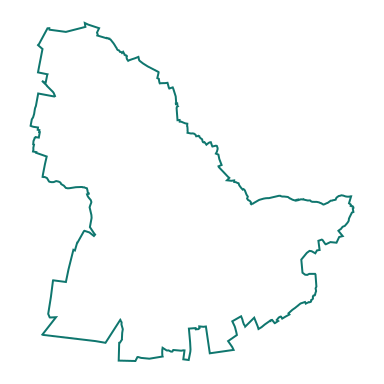 Oradea, Bihor, Romania
{"feature_id": "2599482B8736220817174", "entity_name": "Oradea", "entity_type": "district", "adm_level": 2, "iso_a3": "ROU", "parent_name": "Romania", "parent_adm1": "Bihor", "projection": "albers", "projection_center": [21.942, 47.075], "detail": "fine", "context": "isolated", "style": "outline", "palette": "teal", "viewbox_px": 384, "rotation_deg": 0, "n_neighbors": 0, "source": "geoboundaries", "source_scale": "gbopen_adm2", "svg_char_len": 5867}
<svg xmlns="http://www.w3.org/2000/svg" viewBox="0 0 384 384"><path d="M289.4,314.5L288.5,313.3L292.4,309.8L295.1,307.9L300.5,303.5L305.0,302.0L305.8,303.6L306.6,303.1L308.1,302.5L308.8,302.1L309.3,302.3L310.7,301.9L311.1,301.3L311.1,300.3L311.2,300.0L312.1,299.6L312.9,298.7L313.0,298.0L312.8,297.0L313.0,296.3L313.4,295.6L313.8,295.4L314.5,295.5L314.8,295.3L315.0,294.9L315.0,294.5L315.3,294.0L315.3,293.4L316.1,291.1L315.6,288.3L316.4,286.6L315.5,274.5L315.1,273.9L309.2,273.9L307.2,274.9L305.1,274.7L302.5,272.7L301.3,259.6L306.8,252.9L309.5,250.9L311.6,251.2L315.3,253.3L317.0,250.4L319.6,250.0L318.4,240.8L321.8,239.6L322.6,240.1L324.7,243.2L325.4,244.1L325.8,244.3L330.4,242.1L336.5,242.7L339.2,237.0L342.7,236.1L338.4,230.8L339.7,229.7L340.7,229.2L342.6,226.8L344.8,225.9L347.3,223.0L348.4,221.4L348.8,220.2L348.9,218.9L349.5,217.4L351.9,212.6L353.4,212.0L352.8,208.8L353.4,208.1L353.4,207.3L352.8,206.5L352.6,206.7L352.1,206.4L351.7,206.0L351.3,206.2L350.7,205.9L351.1,205.3L350.6,204.4L349.0,203.3L351.1,196.3L350.7,196.3L349.1,196.7L347.3,196.7L345.5,196.4L343.3,195.6L341.4,195.3L340.0,195.8L338.8,196.0L337.6,196.8L336.5,197.7L335.7,199.3L335.7,199.6L334.9,199.9L332.7,200.3L332.2,200.6L330.7,200.7L327.5,203.0L326.9,203.1L324.6,204.2L323.7,204.5L323.2,204.5L321.3,203.3L320.3,203.0L319.1,202.4L316.8,201.9L312.2,201.8L311.0,201.3L310.2,200.5L310.0,200.4L307.8,200.5L304.6,199.8L303.8,199.4L303.8,199.6L301.0,199.3L298.4,200.1L298.3,199.5L296.4,199.9L296.5,200.5L295.8,200.7L292.5,199.7L290.1,198.4L289.8,198.4L288.1,197.1L287.3,196.9L283.8,196.5L282.1,196.5L280.7,196.1L280.3,195.8L278.9,195.8L269.1,198.1L266.1,198.2L263.7,198.6L259.5,199.8L258.8,200.1L253.3,203.3L253.2,203.1L253.3,203.4L253.2,203.5L252.4,203.7L251.3,204.3L251.1,204.1L250.9,203.9L250.7,203.6L251.0,202.9L250.9,202.4L250.8,202.1L249.7,200.8L248.2,200.1L247.1,198.6L247.8,196.6L246.5,194.6L244.9,190.5L244.2,189.6L243.4,189.1L242.7,189.6L241.0,187.7L239.4,185.5L239.1,184.9L238.8,183.9L238.5,183.2L237.7,183.1L236.0,182.2L234.2,182.0L234.2,180.4L231.5,180.8L227.0,180.3L229.3,177.9L227.9,176.7L218.8,167.1L218.5,166.3L221.6,165.0L219.3,159.0L218.4,154.6L215.9,153.6L216.9,151.7L217.6,149.1L217.6,148.2L217.4,147.4L217.1,146.7L216.8,145.9L215.9,145.7L212.4,146.5L212.1,146.0L210.8,142.2L209.9,142.3L208.8,142.8L206.4,144.7L205.6,143.5L204.4,142.1L203.6,142.4L203.1,142.2L202.6,141.4L202.1,139.3L200.7,138.3L199.8,137.4L199.4,136.9L199.3,136.2L198.4,135.8L198.2,136.0L196.2,136.3L195.5,134.7L193.9,133.6L192.5,133.4L191.0,133.5L187.5,132.8L187.7,131.2L187.5,130.3L187.6,129.6L187.4,126.8L187.1,126.2L187.3,123.7L185.1,123.3L181.2,121.7L179.7,121.7L179.6,120.0L177.5,120.2L176.6,108.2L176.8,107.1L177.1,106.7L177.8,106.3L177.5,106.0L177.2,103.5L175.9,104.0L175.8,103.3L176.2,103.1L175.7,96.4L173.3,88.8L172.7,87.4L169.3,88.5L168.9,87.8L167.5,82.8L165.2,83.1L161.1,83.2L159.8,83.4L159.6,83.0L159.3,81.9L158.8,78.8L157.3,78.1L158.6,72.6L158.5,72.0L147.7,66.4L143.1,63.5L139.6,60.8L139.0,59.8L138.6,57.6L138.4,56.9L134.9,58.3L132.1,59.2L129.3,60.2L128.2,60.8L127.9,60.2L127.2,59.6L126.7,58.2L126.5,56.8L126.9,56.4L126.9,56.1L126.6,55.7L126.3,55.6L125.8,55.2L125.2,55.2L124.5,54.8L124.3,53.8L123.6,53.0L123.6,52.6L123.1,51.8L122.0,53.0L121.3,52.1L120.8,51.9L120.2,52.0L119.9,51.8L119.4,50.9L118.8,50.3L118.0,50.1L117.5,49.8L116.9,48.9L116.5,47.9L115.7,46.8L114.9,45.4L113.6,43.4L110.5,39.5L108.7,38.8L108.9,38.5L106.6,37.9L106.4,38.2L97.3,35.5L97.7,34.5L97.0,32.6L99.1,28.2L88.2,24.6L84.8,23.0L85.4,26.9L65.9,31.9L49.5,29.7L49.3,28.9L49.3,28.2L47.5,28.3L38.6,44.8L38.2,44.8L38.0,45.1L42.5,49.0L39.1,66.5L38.0,72.4L47.5,74.3L47.2,75.0L45.6,83.0L42.0,80.9L46.9,85.6L46.9,85.9L53.0,92.0L53.7,93.0L55.0,96.1L54.3,96.5L38.2,93.5L35.9,106.0L35.0,108.3L34.1,114.0L33.1,117.3L31.8,119.4L30.6,125.8L31.8,126.3L33.4,126.8L38.0,127.5L37.7,129.8L39.4,130.1L39.1,132.1L39.8,132.2L38.8,137.6L35.6,137.1L35.5,137.6L34.6,138.0L34.3,139.2L33.5,141.0L33.2,144.3L34.0,144.6L33.3,147.9L33.4,149.6L33.0,151.5L36.3,152.1L36.1,152.8L46.7,156.5L44.9,164.4L42.9,174.7L42.6,176.9L43.8,177.1L44.5,177.0L45.6,177.4L47.0,178.1L48.9,181.3L49.3,181.7L51.2,182.1L53.4,182.1L54.2,181.9L55.8,181.2L56.3,181.1L58.6,181.6L60.0,182.3L60.5,182.7L61.2,184.1L63.9,185.7L65.8,187.9L67.7,188.3L69.5,188.2L75.9,187.2L81.3,187.0L82.6,187.1L83.0,187.4L84.2,187.3L85.2,187.8L86.9,188.3L87.5,190.6L87.7,192.2L88.8,193.3L88.8,193.8L87.0,194.3L87.6,195.9L88.5,197.4L90.7,200.0L91.3,201.7L91.3,202.5L90.2,205.4L89.6,207.3L91.4,215.0L91.6,217.9L89.9,227.1L94.1,233.4L95.1,234.6L93.9,236.0L90.5,233.3L89.3,232.4L84.4,230.8L83.9,231.2L77.3,243.0L77.1,242.9L74.9,250.5L73.4,249.8L68.5,269.4L65.9,282.0L53.8,280.4L53.1,280.3L53.0,280.5L50.9,297.0L48.2,313.9L49.7,317.4L50.2,317.5L56.0,317.2L42.4,334.6L43.0,334.9L95.5,341.1L105.5,342.8L120.3,319.8L120.5,320.1L120.7,320.9L121.6,322.3L121.5,324.6L122.8,329.2L122.2,332.9L121.9,338.9L122.0,339.5L119.9,342.7L119.2,342.8L118.7,360.6L135.4,361.0L137.4,357.1L138.0,357.0L141.1,357.9L149.4,358.7L162.6,356.5L162.4,356.0L162.2,352.8L162.3,349.8L162.6,347.8L166.6,350.4L167.5,350.5L168.6,350.4L171.0,351.6L172.2,351.6L172.5,351.4L173.1,350.1L173.4,350.0L181.3,350.7L183.3,350.3L184.5,350.4L183.3,359.3L188.7,360.0L190.3,351.8L190.5,349.5L190.1,342.1L188.9,328.6L195.5,328.1L195.6,328.9L196.0,328.9L196.0,329.3L198.4,329.1L199.6,328.1L199.6,327.9L199.3,327.7L199.2,327.3L199.4,327.1L199.3,326.4L203.4,326.8L205.9,326.5L209.8,353.3L233.6,349.9L232.2,347.0L228.1,341.1L236.9,335.0L236.3,332.2L235.1,327.6L234.7,326.4L232.3,321.3L240.7,316.5L241.1,316.3L242.4,319.5L242.9,321.6L243.9,324.4L245.0,325.9L245.2,326.6L254.2,317.7L257.7,326.4L258.5,329.0L261.5,327.2L264.9,324.4L269.6,321.1L270.3,321.1L270.2,320.6L271.2,320.0L272.1,319.9L274.7,323.2L274.8,323.2L278.2,321.0L276.8,319.9L278.8,317.5L280.5,316.6L281.1,316.7L282.2,318.6L285.7,316.5L289.4,314.5Z" fill="none" stroke="#0f766e" stroke-width="2"/></svg>